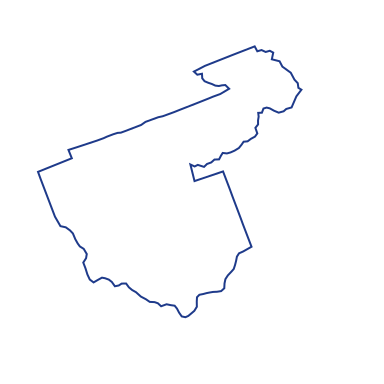 outline of Flores da Cunha, Rio Grande do Sul, Brazil, rotated 160°
{"feature_id": "56859067B84759679452911", "entity_name": "Flores da Cunha", "entity_type": "district", "adm_level": 2, "iso_a3": "BRA", "parent_name": "Brazil", "parent_adm1": "Rio Grande do Sul", "projection": "robinson", "projection_center": [-51.242, -29.022], "detail": "fine", "context": "isolated", "style": "outline", "palette": "blue", "viewbox_px": 384, "rotation_deg": 160, "n_neighbors": 0, "source": "geoboundaries", "source_scale": "gbopen_adm2", "svg_char_len": 2025}
<svg xmlns="http://www.w3.org/2000/svg" viewBox="0 0 384 384"><g transform="rotate(160 192 192)"><path d="M164.4,118.6L154.8,120.2L155.2,144.5L155.2,150.2L155.5,174.1L155.5,181.3L155.8,200.7L185.9,201.4L184.1,218.4L180.8,215.1L177.3,215.5L172.1,211.5L168.3,213.2L163.8,213.2L159.8,214.8L155.4,213.4L152.5,216.1L149.8,218.2L146.0,216.3L142.3,216.0L137.9,216.3L132.9,217.3L129.4,219.4L126.3,221.6L122.4,220.6L118.5,221.8L113.9,222.5L110.6,224.7L110.5,230.6L106.8,232.9L105.5,236.6L103.6,240.0L102.7,243.7L99.2,242.6L96.3,246.0L93.0,245.8L90.3,244.0L87.1,240.3L83.4,236.9L78.3,236.5L75.0,237.8L69.5,237.4L61.2,246.2L54.2,250.7L56.4,253.5L55.4,258.1L57.3,262.5L58.4,270.3L64.2,278.9L65.0,284.9L71.6,289.4L68.0,295.2L70.6,298.1L74.9,298.4L78.1,301.6L82.5,301.9L83.3,307.4L107.5,306.9L136.7,306.1L149.0,304.5L146.9,300.4L142.2,299.7L143.5,295.3L142.3,291.8L139.4,289.1L136.4,286.7L133.7,284.0L130.5,282.4L127.4,282.0L124.1,281.1L121.8,276.3L132.0,274.4L139.7,274.4L144.0,274.2L150.8,274.0L157.9,273.8L175.3,273.4L181.6,273.2L193.6,273.2L198.1,273.8L211.7,273.8L216.8,272.4L233.8,272.1L238.6,272.1L241.7,273.0L246.3,273.2L253.1,273.1L256.6,272.8L263.6,272.8L283.7,273.4L293.7,273.8L293.4,264.8L329.8,263.6L329.8,256.2L329.2,215.7L327.3,204.9L322.7,202.0L319.8,197.7L318.1,193.8L317.8,187.5L317.0,182.7L316.0,179.2L313.2,175.6L312.1,169.7L314.2,166.0L318.3,162.9L318.2,156.6L318.5,150.3L318.0,144.7L315.4,140.7L310.4,141.6L305.9,142.3L303.2,140.7L300.1,138.1L298.1,134.9L296.7,129.8L292.8,129.2L289.4,130.0L285.2,128.5L283.9,124.0L281.8,120.4L278.9,117.0L275.8,111.2L272.0,107.0L269.3,103.2L264.8,101.3L262.1,99.1L260.1,95.2L254.3,95.2L250.6,92.9L247.2,91.1L246.0,87.6L245.4,83.1L244.2,78.6L241.0,76.6L237.9,76.8L234.0,78.2L230.5,79.5L226.7,82.5L225.0,87.4L223.3,91.4L220.2,92.9L216.4,92.3L212.9,92.0L209.7,91.5L206.4,90.9L202.6,89.7L198.5,88.9L194.6,90.5L192.7,95.0L190.4,98.7L186.8,101.4L182.0,103.8L179.1,105.4L176.5,108.7L174.0,112.4L171.9,115.9L168.8,118.3L164.4,118.6Z" fill="none" stroke="#1e3a8a" stroke-width="2"/></g></svg>